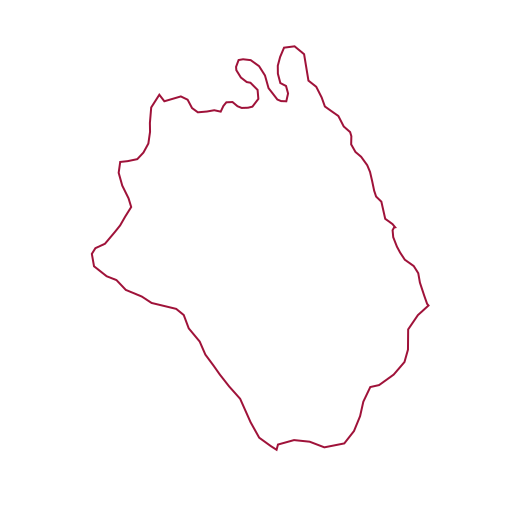 outline of Fuzuli District, Füzuli, Azerbaijan, rotated 80°
{"feature_id": "54616110B29637726057754", "entity_name": "Fuzuli District", "entity_type": "district", "adm_level": 2, "iso_a3": "AZE", "parent_name": "Azerbaijan", "parent_adm1": "Füzuli", "projection": "natural_earth1", "projection_center": [47.279, 39.566], "detail": "fine", "context": "isolated", "style": "outline", "palette": "rose", "viewbox_px": 512, "rotation_deg": 80, "n_neighbors": 0, "source": "geoboundaries", "source_scale": "gbopen_adm2", "svg_char_len": 1678}
<svg xmlns="http://www.w3.org/2000/svg" viewBox="0 0 512 512"><g transform="rotate(80 256 256)"><path d="M251.9,114.0L248.3,116.0L241.8,122.3L224.3,123.1L218.3,127.4L212.2,128.3L202.6,128.6L193.0,129.1L185.9,130.7L176.6,135.2L170.8,140.0L162.6,142.9L154.6,141.3L150.3,141.8L143.7,147.1L132.4,150.6L126.1,156.9L120.7,162.2L111.3,163.8L99.8,167.3L92.4,173.9L65.6,173.6L56.2,181.6L55.7,192.2L64.2,197.7L72.4,201.5L80.3,202.8L89.9,202.0L93.8,196.9L101.5,196.2L108.9,199.3L107.8,204.4L105.6,207.8L99.5,211.0L92.9,214.5L79.8,215.8L69.6,220.0L62.2,227.2L60.0,234.6L60.0,239.1L66.3,242.8L69.6,243.1L77.6,239.9L83.1,234.9L84.4,231.4L92.7,225.6L101.7,226.4L108.3,233.6L108.6,238.1L107.7,244.4L105.3,248.2L100.3,252.4L99.5,258.5L102.5,262.0L107.7,265.7L105.2,271.8L105.2,279.2L104.4,288.3L99.2,293.3L90.2,296.2L85.8,302.3L87.7,319.4L80.4,323.2L91.5,333.4L106.6,337.4L115.4,338.8L126.6,342.5L134.6,348.9L140.0,356.1L140.3,365.9L139.8,373.4L150.2,376.8L163.4,375.5L177.1,371.5L186.1,370.4L194.4,377.9L202.3,384.5L207.5,390.4L217.7,402.6L220.4,412.8L225.4,417.3L230.9,417.3L238.0,417.3L250.0,406.6L255.5,397.6L266.8,390.1L276.1,375.5L284.1,367.0L294.2,343.8L301.6,337.4L315.6,334.8L330.5,326.3L344.3,323.0L356.7,316.8L366.5,312.2L379.8,305.1L393.9,296.4L418.8,290.2L435.5,284.4L445.8,274.4L450.4,269.4L445.5,267.1L443.9,250.5L448.2,235.4L456.3,221.9L455.9,201.6L445.4,189.9L431.8,181.3L418.1,175.6L404.9,166.2L404.5,157.2L396.7,141.0L386.2,128.2L374.6,122.6L354.7,118.9L342.3,106.8L334.7,94.7L332.8,95.8L324.4,97.2L310.7,99.2L301.1,99.2L293.3,102.4L285.5,110.1L277.6,113.5L271.2,115.6L261.3,117.6L254.3,117.0L251.9,115.1L251.9,114.0Z" fill="none" stroke="#9f1239" stroke-width="2"/></g></svg>